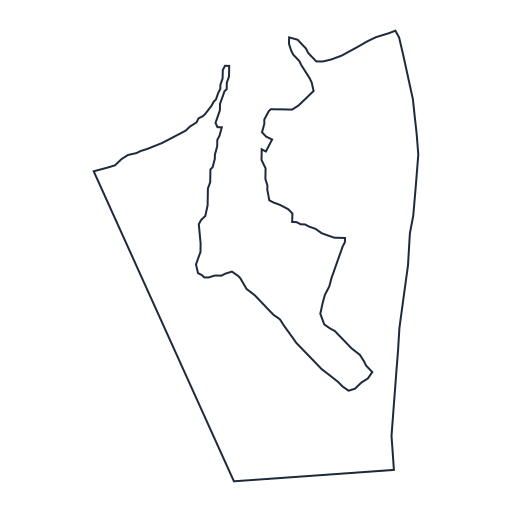 Police Department Port of Damietta, Dumyat, Egypt
{"feature_id": "37247803B59643082406240", "entity_name": "Police Department Port of Damietta", "entity_type": "district", "adm_level": 2, "iso_a3": "EGY", "parent_name": "Egypt", "parent_adm1": "Dumyat", "projection": "mercator", "projection_center": [31.766, 31.466], "detail": "fine", "context": "isolated", "style": "outline", "palette": "slate", "viewbox_px": 512, "rotation_deg": 0, "n_neighbors": 0, "source": "geoboundaries", "source_scale": "gbopen_adm2", "svg_char_len": 2480}
<svg xmlns="http://www.w3.org/2000/svg" viewBox="0 0 512 512"><path d="M395.4,30.7L388.9,33.2L376.1,37.1L367.6,41.2L356.9,47.3L341.9,55.5L331.2,59.5L322.7,61.5L316.3,61.4L310.0,54.9L308.0,52.7L305.9,48.4L301.7,44.1L297.6,39.7L289.1,37.4L289.0,43.8L291.0,50.2L293.1,54.5L297.2,58.8L299.3,61.0L301.4,65.3L305.5,71.7L309.6,78.2L311.7,82.5L313.6,91.0L309.3,95.1L307.2,97.2L305.0,99.3L300.7,103.4L298.5,105.5L292.1,109.6L287.8,109.5L279.4,109.3L275.1,109.3L270.9,109.2L268.7,111.2L264.3,119.6L264.3,123.9L262.0,132.3L266.2,136.7L272.1,139.5L265.9,151.5L261.7,149.3L261.6,155.6L261.5,159.9L265.6,168.4L265.5,172.7L265.4,179.0L267.4,185.4L267.3,189.7L269.3,200.3L273.5,202.5L279.8,204.8L284.0,207.0L288.2,209.2L292.4,213.5L292.3,217.8L292.2,222.0L296.5,222.1L300.7,224.3L304.9,224.4L309.1,226.6L315.4,228.8L321.7,233.2L328.0,235.5L334.4,237.7L338.6,237.8L345.0,238.0L344.9,242.2L342.7,246.4L340.5,252.7L338.2,259.0L336.0,265.3L333.8,271.6L331.5,278.0L329.3,286.4L324.9,294.8L322.6,303.2L320.3,313.8L324.3,324.5L330.6,328.8L334.8,331.0L339.0,335.4L343.2,339.7L351.5,348.3L359.9,354.9L364.0,361.3L366.1,365.6L370.2,369.9L372.3,372.1L367.9,378.4L361.5,382.5L359.3,384.5L355.0,388.7L348.6,390.7L342.3,386.3L338.2,382.0L329.8,375.4L321.4,368.9L315.2,362.4L308.9,355.9L302.7,349.5L296.4,343.0L290.2,334.3L284.0,325.7L279.9,319.3L273.6,314.9L269.4,310.6L261.1,301.9L254.9,295.4L246.5,288.9L240.3,278.2L238.2,276.0L231.9,271.6L225.5,273.6L221.3,275.7L214.9,275.5L208.5,277.5L204.2,277.4L202.2,275.3L198.0,273.1L196.0,264.5L198.2,258.2L200.5,251.9L200.6,243.4L198.8,224.3L201.0,220.1L203.2,218.0L205.3,216.0L207.6,205.4L207.8,194.8L207.9,188.5L210.2,182.2L210.3,175.8L210.4,169.4L212.6,167.3L214.8,158.9L214.9,154.7L217.2,146.2L217.3,139.9L219.5,135.7L221.8,127.3L217.5,127.2L215.5,122.9L217.7,116.6L219.9,110.3L220.0,103.9L222.3,97.6L224.5,91.2L226.7,89.2L226.8,82.8L229.0,76.5L229.1,72.2L229.2,65.9L225.0,65.8L222.8,70.0L222.6,78.5L220.4,84.8L220.3,89.0L218.1,93.2L215.9,99.6L213.7,101.6L211.5,105.8L205.0,114.2L202.8,116.2L198.6,118.3L196.4,122.5L189.9,126.6L185.6,130.7L162.1,143.0L147.1,149.0L140.7,151.0L136.4,153.1L127.9,155.0L121.5,159.1L115.0,165.3L108.6,167.3L93.7,171.3L233.9,481.3L393.9,469.9L392.4,448.2L391.5,436.0L396.3,372.5L398.0,351.3L398.2,347.9L399.4,328.1L404.0,294.3L408.0,265.3L409.4,241.3L409.9,233.3L412.0,222.2L413.2,216.1L415.6,188.4L418.3,154.5L416.6,133.3L414.7,116.3L412.9,99.3L403.1,54.5L399.1,37.5L395.4,30.7Z" fill="none" stroke="#1e293b" stroke-width="2"/></svg>